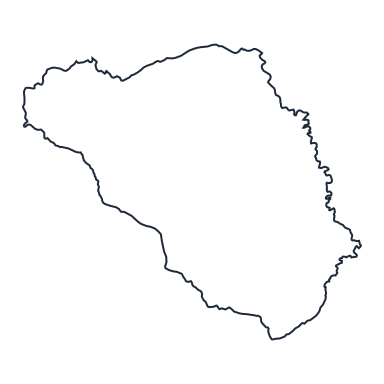 outline of Luro, Lautém, East Timor
{"feature_id": "22284137B78720484995027", "entity_name": "Luro", "entity_type": "district", "adm_level": 2, "iso_a3": "TLS", "parent_name": "East Timor", "parent_adm1": "Lautém", "projection": "albers", "projection_center": [126.805, -8.55], "detail": "fine", "context": "isolated", "style": "outline", "palette": "slate", "viewbox_px": 384, "rotation_deg": 0, "n_neighbors": 0, "source": "geoboundaries", "source_scale": "gbopen_adm2", "svg_char_len": 5888}
<svg xmlns="http://www.w3.org/2000/svg" viewBox="0 0 384 384"><path d="M219.7,309.2L221.2,308.5L222.1,308.4L224.7,309.3L225.8,309.3L228.9,307.5L229.6,307.5L232.7,310.1L233.9,311.5L239.4,313.3L242.5,313.9L247.2,314.2L255.4,315.5L256.3,315.9L258.1,315.7L260.3,317.0L260.9,318.4L261.2,321.5L261.9,322.8L265.6,326.9L266.3,327.3L267.9,327.5L268.5,328.5L268.3,331.1L268.5,332.8L270.0,336.7L271.6,339.2L273.1,339.4L276.1,338.7L279.5,338.5L280.7,338.1L284.7,336.5L286.3,334.5L288.8,334.1L292.6,331.2L295.2,328.5L299.5,326.0L300.3,324.8L301.9,323.3L302.7,323.1L304.4,323.7L307.4,320.8L310.3,320.1L316.2,315.6L318.4,312.8L319.5,310.9L320.5,307.5L323.0,304.6L325.6,298.9L325.8,296.3L325.4,295.3L325.8,294.6L326.1,292.9L325.4,289.2L325.7,287.2L324.8,287.1L324.3,286.1L325.0,284.0L327.0,281.8L329.3,281.4L328.9,280.3L329.2,279.4L330.4,278.4L330.3,277.5L331.5,276.1L333.6,275.3L335.6,275.5L336.0,274.6L337.3,273.0L336.8,272.0L336.7,270.6L337.7,268.8L337.4,267.7L336.2,266.6L336.0,265.6L339.9,263.4L341.7,262.9L341.9,262.0L342.0,261.0L339.8,260.2L339.5,259.2L340.1,258.5L341.0,258.1L341.9,258.2L342.7,256.6L344.6,256.7L346.6,257.3L347.2,256.7L350.0,255.7L350.9,256.3L351.3,257.4L356.3,256.7L356.9,255.5L356.3,254.4L353.8,252.1L353.6,251.0L355.8,246.9L356.7,246.1L358.8,248.2L360.3,246.8L361.0,245.5L359.9,244.3L359.1,240.8L356.8,241.1L354.2,240.3L352.4,240.4L351.8,240.0L351.5,238.9L352.2,235.8L352.1,235.0L350.4,232.0L350.1,230.1L348.7,229.0L345.7,228.0L344.4,226.9L343.1,225.1L339.7,223.5L337.8,222.1L335.0,221.4L334.2,220.7L334.0,218.7L334.6,215.9L334.1,215.2L333.9,214.1L334.9,212.1L334.3,208.7L333.6,208.3L330.8,209.9L329.9,210.3L329.2,210.0L329.7,207.9L328.8,207.4L327.8,207.4L326.9,206.9L326.3,205.5L326.3,204.1L326.8,203.0L328.3,202.5L328.8,201.7L328.7,200.4L330.3,199.0L330.3,197.8L329.5,197.7L326.8,198.9L325.9,198.5L326.0,197.2L326.6,196.5L327.8,195.7L331.2,195.4L331.5,193.3L330.7,192.2L329.7,191.5L327.5,191.8L326.8,190.6L326.9,187.0L326.5,183.6L326.8,182.8L329.0,183.1L330.5,182.8L331.4,182.2L331.9,181.4L331.9,180.0L330.9,176.3L330.1,175.3L328.4,175.0L327.1,175.5L326.2,175.3L325.0,172.6L324.4,172.1L324.9,171.3L327.9,170.1L328.6,169.2L328.3,168.4L327.4,167.7L325.2,166.8L324.2,166.9L321.2,168.1L319.0,167.6L319.3,165.7L319.8,164.6L320.1,162.1L319.6,161.4L317.8,161.3L316.4,160.1L316.0,158.0L315.2,156.9L315.1,156.0L316.8,154.0L317.1,152.7L317.2,151.9L316.8,150.8L315.5,149.3L315.7,148.2L316.7,147.1L316.6,144.1L316.1,143.4L314.5,142.9L311.0,143.4L310.8,141.7L311.9,138.0L311.6,136.9L310.2,136.4L307.5,134.2L307.8,133.3L310.5,132.8L310.4,131.8L309.1,130.9L309.2,130.1L309.9,129.8L310.4,128.7L310.2,127.9L309.1,126.7L308.3,126.3L307.2,126.3L304.6,127.6L303.4,127.7L304.7,125.3L307.8,124.5L308.6,124.0L308.8,123.0L308.3,122.1L308.6,120.6L308.0,120.0L307.0,119.7L304.8,119.9L303.4,119.7L307.2,115.2L308.4,114.5L308.2,113.8L306.7,112.5L304.3,112.5L303.1,112.2L300.7,110.6L299.6,110.4L298.6,110.6L297.3,111.6L295.9,115.3L294.7,115.2L294.1,114.1L294.5,112.3L293.5,109.6L289.3,110.5L288.5,110.1L286.7,107.7L286.0,107.4L282.2,108.0L281.3,106.8L280.9,105.4L281.0,104.1L280.4,102.2L280.3,99.6L279.9,97.7L278.3,95.9L276.0,95.1L275.1,92.5L274.8,89.8L274.2,88.4L269.9,84.4L268.1,82.4L268.4,81.2L270.2,79.1L270.7,76.8L270.4,75.8L269.3,74.2L263.7,70.9L262.1,68.4L261.7,66.7L262.2,65.1L262.8,64.3L264.4,63.5L265.3,62.4L264.9,61.4L261.9,59.5L260.3,57.7L259.8,56.7L259.6,56.0L260.2,54.8L261.2,54.4L262.1,53.1L258.4,50.3L255.5,48.9L253.4,49.1L250.7,50.5L248.7,50.8L246.7,50.7L244.7,49.5L243.5,49.8L242.1,48.5L241.1,48.8L239.0,51.3L237.9,52.2L236.0,53.0L235.1,53.0L233.0,52.4L222.3,46.4L220.5,46.1L218.9,46.2L217.4,45.1L216.0,44.6L212.5,44.9L207.6,46.5L200.5,47.2L196.9,47.9L193.6,48.9L188.9,50.7L181.0,55.8L175.9,57.7L172.6,58.4L166.7,58.1L164.7,59.9L161.0,61.6L159.9,61.9L158.7,61.2L157.6,61.0L155.3,62.1L153.2,63.6L146.7,65.9L143.5,67.6L141.0,70.0L137.1,72.8L133.4,74.8L131.3,75.4L129.6,77.3L123.0,80.7L121.4,80.6L119.7,77.5L116.8,76.2L115.7,77.0L113.7,77.7L111.9,77.2L110.8,75.9L110.1,74.3L106.4,71.0L105.8,71.6L105.8,72.9L104.8,73.7L101.2,70.8L99.0,71.4L98.0,70.9L96.4,68.8L95.5,65.3L95.7,64.3L96.6,62.7L96.5,61.5L92.4,58.2L92.5,60.0L92.1,61.2L91.3,62.1L90.4,62.2L89.2,61.7L88.0,60.2L83.8,62.2L79.0,62.9L77.9,62.8L76.3,61.2L74.3,64.2L71.2,66.3L69.4,68.6L66.3,70.8L64.3,70.7L60.1,68.6L54.5,67.6L52.0,67.8L47.5,69.5L46.9,70.2L46.2,73.1L44.3,74.8L43.0,76.7L42.9,78.7L43.2,81.0L42.4,83.8L41.7,84.6L40.2,84.5L38.5,83.4L37.7,83.4L34.6,85.4L34.5,88.2L33.2,88.6L29.2,87.8L26.4,87.8L25.5,88.2L24.1,91.1L24.0,93.1L24.5,97.7L24.5,101.8L24.2,104.4L23.2,106.2L23.0,107.2L25.7,112.6L25.8,114.2L25.2,116.7L25.3,118.3L27.2,120.6L27.3,121.7L24.8,123.7L24.0,125.0L23.9,125.8L24.3,126.6L25.2,126.8L27.7,124.8L29.3,124.5L30.8,125.1L35.3,129.0L38.3,129.9L41.0,129.5L44.2,132.6L44.4,137.9L45.0,138.5L46.4,138.7L47.5,138.1L50.7,141.6L54.0,143.1L55.4,145.3L56.1,145.6L58.1,146.0L59.8,147.1L61.4,146.9L68.3,148.4L75.8,151.9L78.0,152.4L80.9,152.5L81.2,153.6L82.5,154.9L83.0,157.5L84.0,160.6L86.2,163.1L89.5,165.3L90.6,168.1L92.1,168.9L93.2,170.9L93.5,172.8L94.4,173.9L94.8,176.4L95.6,177.3L96.1,179.5L97.7,180.6L98.4,181.4L97.8,184.1L98.9,186.8L98.1,190.6L99.0,192.6L99.3,194.6L100.9,196.7L102.0,199.1L102.3,201.0L103.2,202.8L105.4,204.2L109.9,205.7L116.2,207.3L119.0,209.0L120.9,211.7L124.2,211.9L131.4,215.7L137.9,221.6L140.0,223.2L141.8,224.2L146.5,226.0L150.2,226.7L153.4,227.9L155.7,229.1L158.6,231.7L160.9,234.3L161.9,241.2L164.1,251.5L166.2,256.8L166.5,261.8L165.8,264.6L165.1,266.0L165.4,268.1L169.0,270.1L173.4,271.4L176.7,271.8L181.4,273.7L182.0,274.2L183.3,276.9L184.8,278.9L185.9,281.1L187.9,281.9L191.0,281.2L191.9,282.7L192.5,285.2L193.4,286.2L195.6,287.4L197.9,289.6L200.9,291.3L201.5,292.1L202.1,294.2L201.8,296.2L202.0,297.1L203.9,300.5L205.1,301.3L205.8,302.2L207.7,306.4L208.4,307.0L209.9,307.1L213.5,306.8L216.2,305.6L216.9,305.7L218.9,308.7L219.7,309.2Z" fill="none" stroke="#1e293b" stroke-width="2"/></svg>